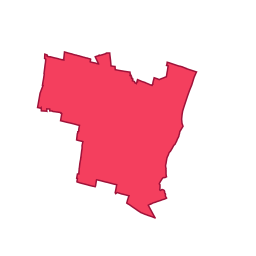 Devesel, Mehedinti, Romania, rotated 74°
{"feature_id": "2599482B24769263834247", "entity_name": "Devesel", "entity_type": "district", "adm_level": 2, "iso_a3": "ROU", "parent_name": "Romania", "parent_adm1": "Mehedinti", "projection": "natural_earth1", "projection_center": [22.678, 44.474], "detail": "fine", "context": "isolated", "style": "filled", "palette": "rose", "viewbox_px": 256, "rotation_deg": 74, "n_neighbors": 0, "source": "geoboundaries", "source_scale": "gbopen_adm2", "svg_char_len": 5524}
<svg xmlns="http://www.w3.org/2000/svg" viewBox="0 0 256 256"><g transform="rotate(74 128 128)"><path d="M83.4,209.3L83.9,208.3L83.9,208.2L84.0,208.1L84.8,206.8L84.9,206.5L84.9,206.4L84.8,206.2L84.5,206.1L84.4,205.9L85.6,206.1L87.6,206.6L87.8,206.2L88.2,205.0L88.3,204.7L88.9,203.0L89.3,201.8L89.5,201.5L89.0,201.5L88.8,201.3L88.5,201.2L88.3,201.1L87.2,200.8L88.2,198.0L88.3,198.0L88.8,198.1L90.0,198.5L90.3,197.6L90.6,196.8L90.6,196.4L91.2,195.9L91.5,195.5L92.3,193.5L92.8,192.5L93.1,191.8L93.4,191.0L94.7,188.4L95.0,188.6L95.3,188.5L95.6,188.1L95.9,187.7L97.6,188.5L102.4,190.8L105.6,185.3L107.1,182.5L108.7,179.7L109.9,177.7L111.3,175.5L112.1,173.9L116.1,175.9L116.8,176.0L117.6,176.4L117.7,176.5L117.7,176.9L117.8,177.0L117.7,177.3L118.7,177.7L119.0,177.8L119.4,178.0L119.5,178.3L125.3,180.7L126.1,179.5L127.4,177.2L128.0,176.1L128.6,175.1L132.4,177.1L132.9,177.2L133.3,177.3L134.0,177.5L134.4,177.6L135.9,178.2L136.4,178.5L139.0,179.6L142.3,181.0L142.9,181.1L143.1,181.2L143.1,181.4L143.6,181.6L144.8,182.1L145.5,182.4L146.6,183.0L149.1,184.2L152.8,185.7L153.5,186.1L154.4,186.4L155.1,186.6L155.4,186.8L156.3,187.1L157.2,187.5L157.6,187.6L158.3,187.9L158.5,187.9L158.3,189.3L162.2,191.2L162.6,190.5L165.1,191.7L165.7,191.9L166.1,191.4L166.6,190.6L167.0,190.1L167.7,189.0L168.6,187.5L169.4,186.1L171.0,183.4L171.1,183.2L172.6,180.8L174.3,177.8L174.4,177.5L174.5,177.4L174.6,177.0L175.1,176.3L175.4,175.7L174.6,175.1L169.2,172.6L169.1,172.4L169.7,171.3L170.3,170.3L171.1,168.8L173.5,164.8L173.9,164.1L174.5,162.9L178.0,157.1L179.4,154.5L183.3,156.4L186.6,158.1L186.8,157.8L187.3,158.0L187.7,157.9L187.0,156.2L189.7,152.2L190.2,151.2L190.8,150.2L191.3,149.3L192.9,146.7L193.4,145.7L195.2,147.0L196.0,147.5L196.5,147.9L199.3,149.6L199.8,149.9L200.8,149.1L202.1,147.8L205.6,145.0L208.0,143.0L209.9,141.5L211.6,140.0L213.1,138.7L213.4,138.2L214.0,137.4L214.2,137.2L215.6,135.5L216.7,133.9L217.0,133.5L217.5,132.9L218.9,130.8L219.7,129.6L221.2,127.7L221.7,127.1L221.9,126.8L221.8,126.7L221.6,126.8L221.2,126.9L211.7,129.0L207.8,129.8L207.3,127.7L207.2,127.3L207.5,127.2L206.9,124.5L206.9,122.4L206.9,121.6L206.7,120.8L206.7,120.3L206.7,119.9L206.6,116.6L206.4,114.9L206.4,112.3L206.4,112.2L206.2,111.6L206.2,110.9L206.2,110.6L206.0,110.2L204.1,110.8L203.8,110.8L203.4,110.7L201.9,110.2L201.6,110.2L200.8,110.5L200.3,110.6L199.0,110.3L198.7,110.3L198.2,110.4L197.8,110.6L197.5,110.8L197.2,111.2L196.6,112.0L196.5,112.5L196.7,113.1L197.0,113.8L197.0,114.0L196.9,114.2L196.7,114.3L196.3,114.5L195.9,114.5L194.8,113.9L192.8,113.3L192.0,113.1L191.4,112.9L191.1,113.0L190.9,113.2L190.6,113.3L190.3,113.3L190.0,113.2L189.9,113.1L189.7,112.9L189.3,112.6L189.0,112.2L187.9,111.1L186.0,108.9L185.6,108.1L185.5,107.6L185.5,107.3L185.7,106.9L185.7,106.6L185.8,106.3L185.8,105.7L185.5,104.4L184.6,104.4L182.6,104.1L179.2,103.1L178.5,103.1L178.4,103.0L177.9,102.7L177.4,102.6L175.7,102.5L174.7,102.3L173.9,102.0L172.7,101.3L171.4,100.7L168.9,99.5L167.5,98.8L166.7,98.2L165.8,97.4L164.9,96.6L163.3,95.5L162.9,95.1L162.5,94.5L162.2,93.8L159.5,90.9L157.6,89.1L157.1,88.4L156.6,87.3L156.2,86.9L155.3,86.2L154.4,85.2L152.3,83.6L150.2,81.6L148.7,80.8L147.3,79.9L145.7,79.2L145.5,78.9L141.5,74.6L138.4,74.8L134.3,74.0L130.2,72.4L126.8,70.8L123.4,68.6L118.4,65.2L113.7,62.0L108.7,58.4L104.1,54.8L97.5,50.5L93.9,47.5L93.0,46.7L89.0,52.6L88.9,52.8L86.8,55.8L86.7,55.7L84.7,58.4L84.5,58.5L83.0,60.9L82.8,61.2L82.8,61.3L82.7,61.7L78.5,67.8L76.5,70.7L75.6,72.2L77.2,72.9L77.9,73.2L78.0,73.4L78.5,73.7L78.9,73.0L79.2,72.4L79.3,72.3L79.5,72.3L81.7,73.4L84.0,74.4L85.1,75.0L88.3,76.5L89.3,77.0L89.4,78.6L89.6,79.9L89.9,83.5L90.1,84.4L90.1,84.7L88.8,86.2L88.7,86.4L87.3,88.4L86.9,89.0L88.5,89.9L90.1,90.9L91.3,91.5L91.7,91.8L92.0,91.9L92.6,91.9L92.7,92.0L93.0,92.5L93.0,92.8L93.4,92.9L93.7,93.1L93.5,93.6L93.2,93.9L92.5,94.9L91.5,96.0L89.3,98.8L88.8,99.2L88.7,99.6L88.3,100.0L87.2,101.7L84.6,104.9L84.1,105.5L85.7,106.5L86.1,106.7L86.3,106.4L86.4,106.7L86.5,106.9L86.6,107.0L86.9,107.3L87.6,107.7L87.2,108.1L86.9,108.5L86.6,108.6L86.2,109.1L85.2,109.0L84.2,110.1L83.8,110.7L82.3,109.8L81.8,110.3L81.3,110.9L80.3,110.3L79.7,110.9L79.1,110.7L78.7,110.5L78.3,110.8L78.1,111.1L77.9,111.0L77.9,111.5L76.6,110.9L76.3,111.0L75.4,110.8L74.8,110.7L74.1,112.4L72.7,115.4L72.7,115.6L72.3,116.3L71.7,117.5L71.3,118.4L70.7,119.6L70.1,120.9L68.4,124.2L65.3,123.5L64.5,125.5L63.6,127.2L58.5,126.2L52.3,125.2L50.9,124.9L50.0,128.1L50.0,128.3L50.3,128.5L50.4,128.8L50.4,129.4L50.5,132.9L50.5,134.9L50.4,135.4L50.3,135.5L50.1,135.5L50.1,135.9L50.4,135.9L50.4,138.9L50.5,139.9L58.3,138.6L58.3,138.8L57.7,139.6L57.7,139.8L57.5,140.2L57.2,140.6L56.7,141.2L56.4,141.8L56.2,142.2L55.9,142.8L55.7,143.1L55.2,144.1L54.0,146.1L53.8,146.1L52.0,145.1L51.6,145.0L51.4,145.0L49.8,147.6L49.5,147.9L49.1,148.9L48.5,149.9L48.1,150.4L47.8,151.1L47.5,151.5L47.3,151.9L46.4,153.2L46.4,153.4L46.2,153.7L45.8,154.2L45.4,154.8L45.1,155.3L44.5,156.5L43.7,157.6L43.3,158.5L42.7,159.5L42.5,159.9L42.3,160.2L41.7,161.0L41.0,162.1L40.6,162.9L40.0,163.9L39.3,165.1L38.0,167.1L37.4,168.1L40.9,169.5L43.9,170.7L44.4,170.8L44.9,170.9L44.4,171.7L44.6,171.8L43.9,173.2L43.7,173.4L43.2,174.4L42.4,175.7L42.2,175.9L40.9,178.2L40.4,179.2L38.2,182.9L38.3,183.0L36.9,185.9L36.4,185.7L35.8,185.5L35.7,185.5L35.1,186.2L35.0,186.3L34.5,187.0L34.1,187.6L35.2,188.0L38.2,189.0L38.7,188.5L39.0,188.1L39.3,188.1L39.7,188.3L42.3,189.3L44.7,190.4L45.9,190.9L47.3,191.5L52.7,193.8L53.0,193.6L57.8,195.8L60.0,196.9L63.4,198.5L63.7,198.0L70.3,202.9L83.4,209.3Z" fill="#f43f5e" stroke="#9f1239" stroke-width="1.5"/></g></svg>